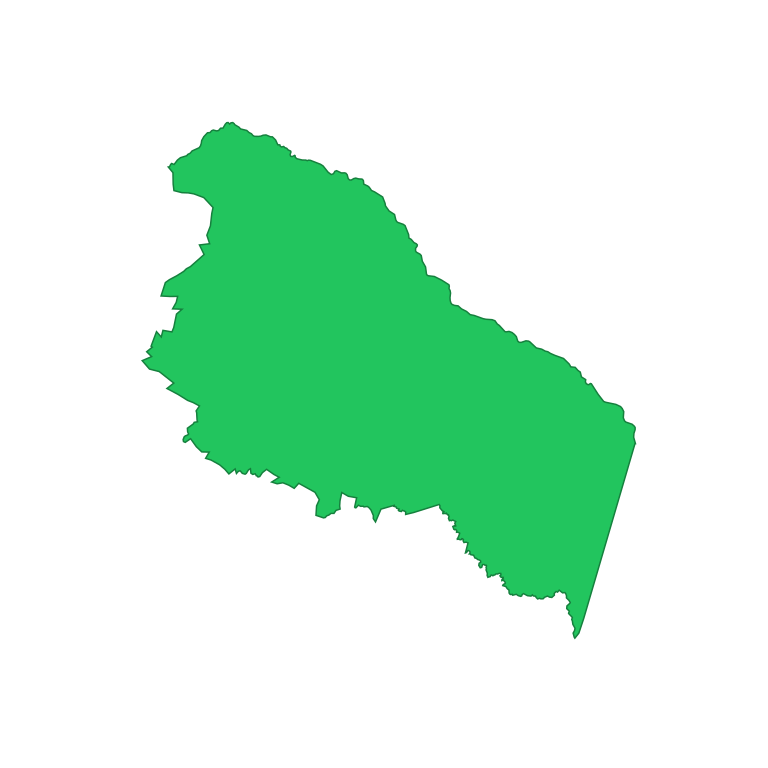 Vhembe, Limpopo, South Africa (Albers equal-area conic projection), rotated 33°
{"feature_id": "47623444B95982048670815", "entity_name": "Vhembe", "entity_type": "district", "adm_level": 2, "iso_a3": "ZAF", "parent_name": "South Africa", "parent_adm1": "Limpopo", "projection": "albers", "projection_center": [30.242, -22.781], "detail": "fine", "context": "isolated", "style": "filled", "palette": "green", "viewbox_px": 768, "rotation_deg": 33, "n_neighbors": 0, "source": "geoboundaries", "source_scale": "gbopen_adm2", "svg_char_len": 6153}
<svg xmlns="http://www.w3.org/2000/svg" viewBox="0 0 768 768"><g transform="rotate(33 384 384)"><path d="M341.1,519.8L346.9,519.3L343.2,527.4L348.7,525.9L353.0,521.9L359.2,520.7L365.5,520.4L366.6,513.7L385.1,512.4L392.8,516.3L393.8,522.9L398.5,531.2L406.2,529.2L407.5,527.9L407.7,525.9L409.2,523.8L410.0,521.4L412.5,519.8L412.6,516.1L415.3,512.8L413.2,510.4L410.7,505.9L407.7,498.0L415.2,497.6L423.0,494.3L426.4,503.2L427.3,503.5L427.9,503.1L428.5,499.6L431.0,499.3L433.2,497.8L434.1,498.0L436.7,495.8L438.8,495.9L441.8,496.8L446.7,500.1L448.3,502.7L452.0,504.3L449.6,490.6L458.7,480.1L459.4,480.8L459.3,481.1L461.2,480.5L462.2,481.3L464.8,480.7L464.9,482.1L465.9,482.3L468.0,481.5L468.2,479.9L469.6,479.7L469.8,479.4L471.9,479.5L473.2,481.6L478.8,475.7L495.9,455.0L497.2,455.6L498.2,457.4L502.0,458.6L503.6,458.4L503.3,459.5L503.9,460.6L504.9,460.1L505.1,459.5L506.7,459.0L506.8,458.4L508.4,459.0L509.2,458.6L509.6,459.2L510.7,459.6L511.2,461.5L513.3,463.0L514.0,462.1L514.9,462.0L515.8,460.6L519.1,460.3L519.2,462.2L521.5,464.0L520.9,464.7L520.2,464.6L519.3,466.0L521.7,467.8L522.8,467.7L523.4,466.9L524.7,467.3L525.6,468.8L526.1,468.3L528.5,467.8L528.9,468.2L529.8,472.5L529.7,473.8L530.1,474.3L530.8,473.6L532.8,473.1L533.7,472.2L533.5,471.3L534.1,471.0L535.4,471.3L535.7,472.4L537.4,473.4L539.0,471.9L541.0,471.5L544.3,481.3L545.0,480.4L545.0,478.0L545.5,477.7L547.0,477.6L547.5,478.0L548.2,479.0L548.1,480.0L548.9,479.5L549.7,479.9L552.4,478.8L555.0,480.4L556.4,479.9L558.1,480.2L560.1,479.6L561.4,479.8L562.2,480.9L561.4,482.5L562.3,484.5L564.8,485.7L565.8,484.6L565.0,481.8L566.3,480.8L567.3,481.0L568.4,480.3L569.0,480.6L569.6,482.4L570.7,483.3L570.8,484.3L573.6,486.3L575.0,488.7L576.0,488.9L576.4,489.5L578.0,487.6L577.8,486.1L578.3,485.6L579.8,485.5L580.0,484.6L580.9,483.9L581.4,482.2L582.6,481.6L583.8,480.0L585.1,479.3L586.1,480.5L585.7,481.6L586.4,482.1L587.5,482.3L589.3,481.3L589.5,482.3L590.2,482.5L589.4,483.7L589.9,484.7L590.6,483.9L591.9,483.7L593.2,484.1L594.2,484.9L594.3,485.3L593.2,487.3L593.4,488.4L596.5,487.5L598.8,488.5L601.1,488.8L602.8,491.2L604.1,491.7L605.1,491.5L606.1,490.5L607.0,491.0L609.5,488.3L611.8,488.4L614.4,487.6L614.9,486.6L614.5,485.4L615.2,483.8L619.6,483.4L622.8,481.8L623.3,480.0L624.7,480.4L626.7,479.4L627.7,480.1L629.9,480.6L631.3,478.9L632.2,478.9L633.6,478.1L634.6,477.2L634.7,475.6L636.6,472.8L638.9,472.6L641.0,471.6L641.9,468.3L640.8,467.0L641.3,464.3L642.9,464.0L643.2,461.5L647.5,461.9L649.3,460.4L650.7,460.9L652.4,462.2L653.5,464.0L656.9,464.7L659.2,465.8L659.3,466.6L658.3,470.5L659.6,472.9L663.2,473.6L663.6,475.7L664.1,476.0L669.1,477.2L669.8,479.4L670.9,480.0L673.3,482.7L677.2,484.8L678.1,487.0L678.3,489.9L681.4,492.7L682.5,493.2L683.1,486.8L679.2,471.9L627.0,297.4L627.4,297.1L622.4,292.7L620.5,289.3L619.5,285.6L618.4,283.8L617.1,283.1L614.0,282.6L607.6,284.2L605.8,283.9L603.1,282.0L600.1,276.6L597.1,274.8L594.7,274.1L589.6,274.8L579.8,278.6L577.7,279.0L569.1,276.0L557.8,270.9L556.8,271.2L556.2,272.8L555.6,273.4L553.5,273.6L551.8,272.6L550.8,270.5L545.7,270.5L542.1,267.1L539.2,267.0L535.3,265.9L531.3,267.9L528.5,266.4L520.7,264.8L511.8,266.9L506.9,267.7L503.8,267.7L501.4,268.6L497.3,268.9L492.1,270.8L483.3,269.2L481.9,269.3L479.5,270.5L476.4,274.4L474.7,275.4L472.8,275.2L469.2,272.2L466.4,271.4L463.3,271.1L460.2,271.8L458.0,273.8L456.9,274.2L448.9,272.1L446.3,272.0L442.6,270.5L439.6,271.2L434.2,274.2L431.6,275.2L422.3,277.4L418.5,278.9L413.7,278.2L408.0,278.8L403.6,278.1L400.3,279.7L397.7,280.2L396.0,279.6L394.0,277.9L392.3,275.6L390.3,271.5L388.6,269.7L386.5,268.5L385.5,266.4L384.4,265.4L375.8,265.5L367.7,266.4L362.2,269.1L360.7,269.2L359.7,268.6L355.1,263.2L349.3,260.2L345.3,256.0L343.6,255.5L339.3,255.8L338.0,255.2L336.6,253.0L336.7,250.3L336.2,249.2L334.7,248.8L332.1,249.1L328.1,247.9L325.4,248.0L323.3,245.3L315.4,239.7L313.2,239.6L307.4,241.0L306.1,240.8L304.6,240.0L300.5,236.1L294.0,236.1L288.2,233.8L286.5,231.9L281.0,227.9L271.6,228.0L268.1,228.5L264.4,227.0L262.6,226.8L258.2,227.4L256.0,224.7L254.6,224.1L253.8,224.2L251.0,225.8L248.2,226.7L246.8,228.1L245.5,230.7L244.1,231.6L242.2,231.3L239.2,228.6L237.3,228.0L236.1,228.3L233.3,230.2L228.1,230.9L227.0,232.3L227.1,235.2L225.6,237.1L221.7,236.8L214.2,234.3L211.1,234.3L200.5,236.5L198.9,237.3L198.0,238.5L196.5,238.8L193.4,240.7L188.3,242.5L186.0,242.2L185.3,241.1L184.6,240.9L183.2,243.2L181.8,243.9L180.3,242.8L179.6,240.1L178.8,239.5L176.2,239.9L174.0,239.3L172.1,239.8L170.5,239.4L169.0,241.0L167.6,241.1L166.4,240.2L164.6,241.2L160.2,238.4L155.8,237.5L154.1,238.5L149.4,239.4L147.1,241.2L145.8,243.1L143.9,244.7L140.5,246.8L138.8,247.0L136.5,246.3L133.9,246.6L130.8,246.1L124.8,248.2L122.6,247.6L117.5,247.8L116.7,247.3L114.8,247.1L113.4,248.3L113.0,250.1L110.9,249.6L109.8,250.5L109.4,252.5L109.6,257.1L107.6,258.5L107.2,261.5L105.8,262.9L102.5,264.0L101.5,265.5L101.2,267.8L99.1,269.5L98.2,274.7L98.5,279.2L99.7,281.7L100.4,284.3L100.3,286.5L96.1,293.1L95.8,295.9L94.3,298.5L94.3,299.9L90.0,305.1L88.8,308.7L88.4,314.2L85.8,314.7L85.5,316.0L85.8,318.6L84.9,319.5L91.9,321.7L98.4,331.3L102.5,336.2L110.3,333.6L115.8,330.3L121.0,328.1L131.3,325.8L144.5,329.1L146.7,334.8L152.3,345.9L154.4,355.7L161.4,361.3L153.5,367.9L162.6,373.4L157.7,391.0L155.5,395.0L154.7,398.6L151.2,406.2L147.2,413.4L145.4,418.0L149.1,431.6L157.1,427.0L163.2,422.9L165.3,428.7L165.8,436.1L173.9,431.3L171.9,438.4L176.9,451.1L177.8,455.8L169.4,459.4L171.6,465.9L164.7,464.0L168.1,479.2L169.6,479.3L167.4,486.2L174.2,487.6L168.5,496.1L179.2,499.2L188.7,496.0L207.2,497.7L204.4,506.0L216.9,504.9L228.2,504.7L234.1,503.5L241.2,502.9L241.1,508.9L242.6,510.2L246.9,516.1L248.2,517.2L245.7,519.5L245.8,521.4L243.2,528.2L245.4,531.1L247.3,532.3L247.1,533.7L245.6,535.8L245.2,537.1L245.8,540.0L247.2,541.5L249.1,541.2L251.6,535.2L260.8,538.8L268.2,540.2L274.5,536.3L274.9,543.5L280.2,542.0L290.1,541.3L297.0,542.2L302.9,543.9L305.4,536.3L309.0,539.4L309.4,536.7L310.3,535.4L310.9,535.2L313.8,536.1L316.6,535.3L317.2,534.0L317.1,529.7L318.1,527.8L321.0,531.3L323.2,531.3L324.9,529.4L326.9,530.5L327.3,530.1L329.0,530.6L330.2,529.3L330.3,524.6L332.0,519.5L341.1,519.8Z" fill="#22c55e" stroke="#15803d" stroke-width="1.5"/></g></svg>